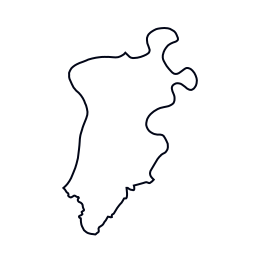 the district of Tan Tru, Long An, Vietnam, rotated 243°
{"feature_id": "81297802B79980761269040", "entity_name": "Tan Tru", "entity_type": "district", "adm_level": 2, "iso_a3": "VNM", "parent_name": "Vietnam", "parent_adm1": "Long An", "projection": "albers", "projection_center": [106.499, 10.529], "detail": "fine", "context": "isolated", "style": "outline", "palette": "ink", "viewbox_px": 256, "rotation_deg": 243, "n_neighbors": 0, "source": "geoboundaries", "source_scale": "gbopen_adm2", "svg_char_len": 4395}
<svg xmlns="http://www.w3.org/2000/svg" viewBox="0 0 256 256"><g transform="rotate(243 128 128)"><path d="M53.6,43.9L52.5,44.7L51.0,46.3L50.2,47.3L49.3,48.7L48.3,50.1L48.0,50.5L48.0,50.8L48.1,51.5L48.3,51.9L48.5,53.0L48.6,53.9L48.7,54.3L48.9,54.7L49.2,55.0L49.7,55.3L50.6,55.6L51.8,56.1L52.3,56.7L52.6,57.2L52.8,57.6L52.8,58.6L53.0,59.8L53.1,60.9L53.5,62.1L55.1,64.6L55.8,66.3L57.0,68.1L58.1,69.8L57.5,70.7L56.2,72.2L56.0,73.2L57.1,73.6L57.8,74.2L58.1,74.9L58.1,75.8L58.2,76.5L60.0,79.4L61.6,82.0L62.4,83.6L63.5,85.9L64.4,88.4L65.6,90.4L66.9,92.3L67.0,92.5L66.9,92.9L66.4,93.8L66.2,94.2L66.3,94.7L66.7,95.3L68.3,96.5L70.0,97.4L73.2,98.7L75.3,99.5L74.9,100.3L74.7,100.6L72.9,101.5L71.6,102.6L70.8,103.8L70.3,104.3L70.1,104.9L70.2,105.3L70.8,105.9L71.8,106.4L73.1,106.9L74.1,107.1L73.8,108.4L73.2,111.0L72.1,116.4L71.7,118.8L71.3,119.9L70.1,121.1L69.7,121.4L69.3,121.9L69.1,122.4L69.1,122.6L69.3,124.0L69.5,125.2L70.0,126.7L70.3,127.5L72.5,126.8L74.4,126.4L76.1,126.5L77.8,127.1L79.4,128.4L81.1,131.0L83.7,135.1L86.9,140.2L88.2,143.1L88.6,144.6L88.9,145.1L89.1,146.3L89.2,147.1L89.2,148.9L89.3,150.1L89.5,150.7L89.8,151.4L90.1,151.9L91.0,153.4L92.6,154.7L93.8,155.3L95.2,155.9L95.8,156.2L97.1,156.3L99.1,156.4L102.0,156.4L104.8,156.1L106.2,155.3L107.5,153.7L108.9,151.0L110.7,148.7L112.0,147.6L114.2,146.2L116.2,145.4L118.5,145.1L120.5,145.2L122.4,145.6L124.2,146.6L126.2,148.2L126.4,148.4L127.5,149.5L129.1,152.0L130.1,154.4L130.7,156.8L131.1,158.7L131.4,162.9L131.2,165.8L130.4,169.1L129.6,172.0L129.1,174.0L129.0,175.3L129.0,175.8L129.0,176.9L129.1,178.1L129.3,179.1L129.4,179.3L129.7,180.1L130.6,181.1L131.6,182.0L133.2,182.9L134.5,183.5L136.0,183.9L138.0,184.1L140.6,184.3L142.7,184.8L143.8,185.2L144.9,186.1L145.5,187.0L145.9,188.2L146.0,189.2L146.0,190.7L145.8,191.5L145.4,192.5L144.6,193.7L143.5,195.0L142.1,195.9L138.7,197.6L136.4,198.5L134.7,199.7L133.8,200.6L133.2,201.7L133.1,202.4L133.1,203.2L133.3,204.7L134.3,206.7L135.1,207.9L136.7,209.4L139.2,211.0L141.3,211.7L144.1,212.1L147.0,212.1L149.9,211.5L151.9,210.7L152.9,210.0L153.4,209.5L154.2,208.7L154.5,208.2L154.9,207.3L155.0,206.4L154.9,205.1L154.2,201.0L153.8,198.1L154.0,196.2L154.7,194.7L155.5,193.7L157.2,192.7L159.1,192.1L162.1,191.3L165.6,190.6L168.6,190.4L171.7,190.3L173.5,190.5L175.1,191.0L177.1,192.1L179.5,194.3L181.0,196.2L182.0,197.9L182.9,199.8L183.5,201.4L183.8,204.1L183.7,206.9L183.4,208.9L183.3,210.0L183.5,211.5L183.8,212.2L183.9,212.4L184.5,212.9L185.1,213.1L186.0,213.4L186.8,213.4L188.9,213.6L191.0,213.6L193.1,213.1L194.6,212.2L197.3,210.4L198.8,208.7L200.6,205.8L201.8,203.0L202.6,200.7L203.0,199.3L203.3,197.7L203.3,196.4L203.3,195.4L203.2,193.9L203.0,192.1L202.8,191.1L202.1,188.9L201.3,187.6L199.6,185.8L197.7,184.8L194.7,183.7L191.2,183.3L187.9,182.8L187.0,182.3L185.8,181.1L185.4,180.1L185.1,177.7L185.2,174.7L185.6,171.5L186.4,168.2L187.6,165.2L188.1,164.1L189.3,162.6L190.7,161.7L192.8,161.0L196.3,159.8L195.5,157.7L195.4,156.4L195.3,155.0L195.3,153.7L195.6,151.4L196.5,149.1L197.9,146.7L199.6,143.9L200.5,142.4L200.5,142.2L201.9,139.6L203.1,137.1L204.2,134.2L205.2,131.3L206.2,127.6L207.0,123.7L207.1,121.5L207.4,118.3L207.7,115.9L207.9,114.4L208.0,111.3L207.9,109.1L207.5,106.7L206.9,104.7L205.8,102.9L204.8,101.6L203.8,100.5L202.1,99.7L200.2,98.7L198.3,98.2L196.4,98.1L192.8,97.9L188.7,97.9L187.1,98.3L186.1,98.5L184.8,98.8L181.6,100.1L178.4,100.9L175.0,101.3L172.0,101.3L170.4,101.1L169.5,101.0L167.2,100.9L163.9,100.2L160.7,99.2L158.2,97.7L155.6,95.2L152.8,92.0L150.6,89.5L148.7,87.5L147.9,86.8L144.8,83.8L143.5,82.6L142.2,81.6L140.2,80.2L138.0,78.9L134.7,76.9L131.3,74.7L123.9,69.7L119.4,65.8L116.4,62.9L112.8,58.8L109.5,54.9L109.3,54.7L107.3,51.7L105.7,48.7L104.8,46.4L104.1,44.0L103.9,43.2L101.7,43.9L100.4,44.0L98.6,44.2L97.5,44.7L97.0,45.0L96.2,44.9L95.6,44.7L94.9,44.0L94.0,44.1L92.8,44.8L92.2,45.4L92.0,46.0L92.0,47.1L92.1,48.1L92.2,49.1L92.1,49.5L91.6,50.1L90.9,50.5L89.7,51.3L89.1,52.3L88.4,52.5L88.0,52.4L87.8,51.8L87.3,51.0L86.7,50.6L86.0,50.4L85.0,50.5L84.5,50.7L82.9,52.0L81.3,52.6L80.0,52.6L78.9,52.2L77.9,51.9L76.6,51.7L75.3,51.7L74.8,51.5L74.5,51.0L74.5,50.2L74.4,49.5L74.3,48.7L73.9,48.5L73.5,48.4L72.5,48.4L71.9,48.2L71.8,47.9L71.6,47.1L71.7,45.6L71.6,44.4L71.3,44.1L71.0,44.0L70.4,44.0L69.9,44.2L68.9,44.9L68.1,44.5L67.7,44.4L66.6,43.8L64.7,43.1L62.9,42.6L61.2,42.4L58.9,42.4L56.9,42.4L56.0,42.8L55.0,43.2L53.6,43.9Z" fill="none" stroke="#020617" stroke-width="2"/></g></svg>